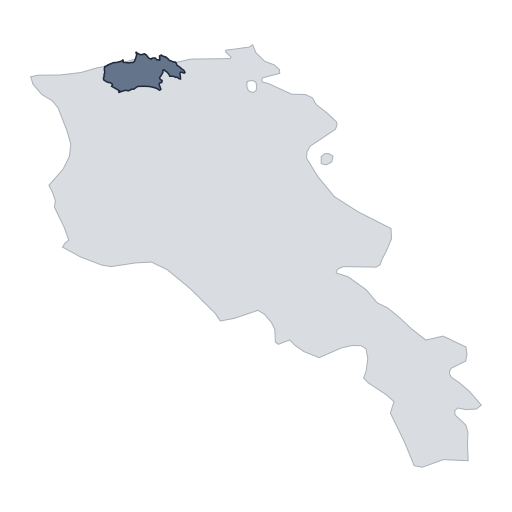 location of Tashir, Lori, Armenia
{"feature_id": "60910142B71035098533409", "entity_name": "Tashir", "entity_type": "district", "adm_level": 2, "iso_a3": "ARM", "parent_name": "Armenia", "parent_adm1": "Lori", "projection": "robinson", "projection_center": [44.248, 41.132], "detail": "fine", "context": "in_parent", "style": "filled", "palette": "slate", "viewbox_px": 512, "rotation_deg": 0, "n_neighbors": 0, "source": "geoboundaries", "source_scale": "gbopen_adm2", "svg_char_len": 5583}
<svg xmlns="http://www.w3.org/2000/svg" viewBox="0 0 512 512"><path d="M220.3,321.0L215.3,313.5L190.4,288.8L167.4,269.8L151.6,262.1L135.7,262.9L111.0,266.6L101.9,265.1L80.4,256.9L62.5,247.1L65.0,243.1L68.8,240.2L64.3,227.5L54.4,207.1L55.4,200.8L52.3,191.9L48.9,185.3L63.0,169.3L69.4,156.5L70.8,144.1L67.1,131.1L58.0,107.7L52.3,100.8L41.8,94.5L32.9,84.1L30.7,76.7L38.2,75.2L60.0,75.0L81.0,72.5L97.5,67.7L121.4,63.6L131.3,60.0L142.8,58.2L177.7,62.1L190.7,59.1L230.1,58.6L231.1,57.1L225.7,52.1L225.8,50.2L249.1,47.1L252.7,44.8L255.8,52.6L264.7,61.3L274.3,64.9L279.5,69.7L279.7,73.4L262.7,77.8L261.6,80.0L262.7,82.2L267.8,83.3L291.6,94.2L305.2,94.5L312.4,97.8L316.0,104.4L327.4,113.3L336.5,121.9L337.1,124.9L335.4,129.3L310.1,146.2L306.9,152.0L306.6,158.2L317.8,176.6L334.4,196.7L358.2,211.9L391.0,228.5L391.5,238.7L386.4,250.9L382.0,259.2L380.1,264.8L376.1,267.1L343.5,266.6L338.6,268.6L336.5,271.0L336.3,273.0L348.1,276.8L366.4,289.9L377.0,302.7L388.1,308.2L400.4,318.4L410.4,327.9L425.8,340.1L443.0,336.1L466.0,347.0L467.0,354.5L465.6,361.1L451.2,368.3L449.5,371.3L449.5,373.8L451.4,377.3L459.9,383.2L470.0,392.0L481.3,405.1L476.3,409.0L465.9,409.6L457.7,408.0L454.8,410.6L455.0,414.9L465.7,424.9L467.9,432.1L467.5,444.7L468.2,460.7L443.4,459.6L422.2,467.2L414.2,465.7L408.7,452.2L404.1,441.2L390.4,413.1L394.0,401.6L386.5,394.9L368.3,382.9L363.6,378.0L366.1,371.2L367.8,358.8L366.0,348.7L361.1,345.7L352.1,345.5L341.1,348.0L319.1,357.7L303.7,351.5L294.9,345.2L289.7,340.0L278.3,344.3L275.4,342.2L274.8,329.3L271.3,322.3L264.4,314.2L258.0,310.3L234.4,318.3L220.3,321.0ZM256.1,90.6L256.8,86.0L255.7,81.8L251.9,80.4L247.2,81.5L246.8,86.2L248.3,90.6L253.0,92.6L256.1,90.6ZM331.7,162.0L326.3,164.9L321.2,163.6L321.2,156.4L324.9,153.6L329.1,153.7L333.1,156.3L331.7,162.0Z" fill="#d9dde1" stroke="#a8b0b8" stroke-width="1"/><path d="M176.4,63.6L176.3,63.4L176.1,63.2L176.1,62.9L175.9,62.8L175.7,62.5L175.5,62.3L175.3,62.2L175.0,62.1L174.7,62.0L174.4,62.1L174.2,62.1L173.8,62.0L173.6,61.9L173.4,62.0L173.1,61.9L172.7,61.7L171.9,61.3L171.3,61.0L171.1,60.9L170.8,60.9L170.5,60.8L170.3,60.7L169.8,60.6L169.4,60.5L169.2,60.3L169.0,60.0L168.9,59.7L168.7,59.4L168.4,59.1L168.1,58.9L167.8,58.7L167.6,58.6L167.4,58.3L167.1,58.0L166.9,57.8L166.6,57.7L166.4,57.6L166.2,57.4L166.0,57.1L165.9,57.0L165.8,56.9L165.7,56.8L165.4,56.8L165.1,56.9L164.8,56.8L164.6,56.6L164.3,56.5L164.0,56.5L163.8,56.5L163.6,56.3L163.4,56.2L163.2,56.1L162.8,56.1L162.6,56.1L162.3,56.0L162.1,55.9L162.0,55.7L161.9,55.5L161.9,55.4L161.7,55.3L161.5,55.1L161.2,55.0L160.9,55.2L160.8,55.3L160.6,55.6L160.2,55.7L159.8,55.8L159.6,55.9L159.5,56.1L159.5,56.4L159.6,56.8L159.5,57.2L159.6,57.5L159.8,57.8L159.9,58.0L159.9,58.3L159.7,58.5L159.6,58.9L159.6,59.0L159.8,59.5L159.8,60.0L159.7,60.2L159.2,60.1L158.7,60.0L158.5,59.9L158.3,59.8L158.1,59.7L157.9,59.8L157.7,59.8L157.2,59.9L156.9,59.8L156.7,59.7L156.4,59.4L156.3,59.1L156.1,58.9L155.9,58.7L155.7,58.4L155.5,58.2L155.3,58.1L154.9,58.0L154.2,57.9L153.7,58.0L152.8,58.0L152.6,58.1L152.2,58.2L151.7,58.5L151.5,58.8L151.3,59.2L150.8,58.8L150.4,58.7L150.0,58.6L149.7,58.5L149.3,58.4L149.2,58.3L148.9,58.1L148.6,57.9L148.4,57.6L148.2,57.4L147.8,56.9L147.5,56.6L147.3,56.3L146.4,55.1L146.1,54.8L146.0,54.7L145.9,54.7L145.6,54.7L145.4,54.4L145.3,54.2L145.1,54.1L144.7,54.1L144.6,53.9L144.4,53.8L144.2,53.8L144.0,54.0L143.7,54.2L143.5,54.3L143.2,54.2L142.9,54.1L142.7,54.2L142.4,54.4L142.2,54.5L141.9,54.6L141.7,54.7L141.4,54.8L141.1,54.8L140.8,54.8L140.6,54.7L140.4,54.5L140.1,54.4L139.8,54.4L139.4,54.3L139.0,54.1L138.7,53.9L138.2,53.6L137.9,53.4L137.6,53.3L137.3,53.2L136.7,52.7L136.4,52.4L136.2,52.2L136.0,52.3L136.0,52.5L136.0,53.0L136.2,53.4L136.4,53.8L136.6,54.2L136.7,54.6L136.6,55.0L136.4,55.4L136.4,55.5L136.3,56.1L136.0,57.0L135.8,57.7L135.7,58.3L135.5,58.6L135.4,59.0L134.9,60.1L134.9,60.5L134.5,61.0L134.0,61.7L133.8,62.1L133.6,62.4L133.2,62.4L132.9,62.5L132.6,62.5L132.4,62.5L132.0,62.4L131.8,62.4L131.7,62.4L131.4,62.5L131.0,62.6L130.5,62.7L130.2,62.7L129.9,62.7L129.3,62.8L129.0,62.8L128.7,62.9L128.3,62.9L128.0,62.9L127.0,62.7L126.3,62.6L125.6,62.4L125.0,62.4L124.3,62.4L124.2,62.4L123.7,62.5L123.4,62.4L123.3,62.1L123.3,61.7L123.2,61.6L123.2,60.9L123.2,60.2L122.7,60.1L122.6,60.4L122.4,60.5L122.0,60.7L121.8,60.9L121.5,61.1L121.1,61.2L120.9,61.4L120.7,61.4L120.2,61.5L119.9,61.6L119.3,61.7L119.0,61.9L118.8,61.9L118.5,62.1L117.9,62.1L117.7,62.2L117.4,62.3L116.9,62.3L116.3,62.4L116.0,62.5L115.5,62.6L115.1,62.6L114.4,62.5L114.0,62.5L113.7,62.7L113.5,62.8L113.2,62.8L112.7,62.9L111.9,63.3L111.2,63.6L110.9,63.9L110.5,63.8L110.1,63.9L109.7,64.1L109.3,64.3L108.9,64.6L108.5,64.9L108.1,64.8L107.6,65.0L107.4,65.2L107.2,65.4L107.1,65.7L106.9,65.8L106.5,65.9L106.0,66.0L105.9,66.2L105.7,66.3L105.4,66.6L104.8,66.6L104.7,66.6L104.3,69.4L104.7,71.6L104.7,72.7L104.0,74.9L104.2,76.4L103.5,77.5L103.6,79.8L106.6,81.8L108.7,82.6L110.1,82.6L112.0,83.9L112.5,84.7L111.6,86.3L119.6,90.8L118.7,91.9L118.9,92.4L122.9,91.0L125.7,90.3L128.4,90.8L129.8,90.3L131.5,89.2L133.8,89.2L135.8,87.7L137.6,86.5L140.9,86.3L144.9,86.3L147.6,86.4L149.8,86.6L152.2,87.1L155.1,87.9L157.3,88.7L159.1,90.0L159.8,90.2L160.9,89.2L160.0,86.8L159.4,85.2L159.2,84.0L159.6,83.1L161.0,82.6L161.8,82.5L162.1,80.4L160.3,79.6L159.5,77.6L160.6,76.4L161.5,74.9L162.9,72.5L162.9,70.2L164.2,69.8L164.9,70.7L167.1,72.2L168.8,74.2L169.7,75.7L169.7,76.2L173.2,76.3L174.6,76.7L175.2,77.3L177.5,77.3L178.5,78.3L179.2,78.8L180.5,79.0L180.4,76.6L180.2,75.3L179.9,73.8L180.6,72.1L182.2,72.4L184.2,73.2L185.0,72.4L183.9,70.4L181.5,68.7L179.3,66.7L177.1,65.5L176.4,63.6Z" fill="#64748b" stroke="#1e293b" stroke-width="1.5"/></svg>